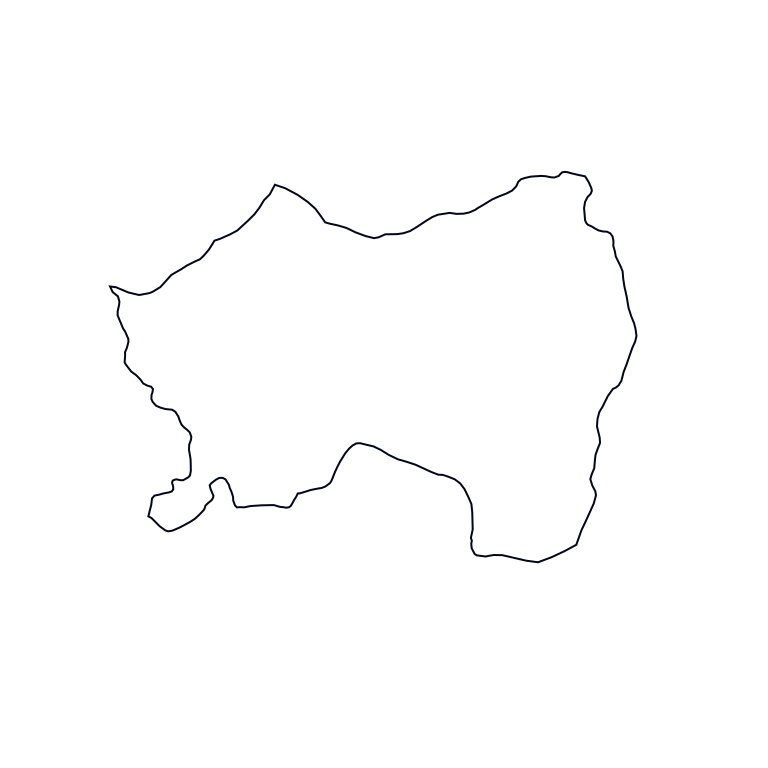 outline of Trashiding, Daga, Bhutan, rotated 66°
{"feature_id": "84629894B27572863852317", "entity_name": "Trashiding", "entity_type": "district", "adm_level": 2, "iso_a3": "BTN", "parent_name": "Bhutan", "parent_adm1": "Daga", "projection": "albers", "projection_center": [89.999, 26.91], "detail": "fine", "context": "isolated", "style": "outline", "palette": "ink", "viewbox_px": 768, "rotation_deg": 66, "n_neighbors": 0, "source": "geoboundaries", "source_scale": "gbopen_adm2", "svg_char_len": 3957}
<svg xmlns="http://www.w3.org/2000/svg" viewBox="0 0 768 768"><g transform="rotate(66 384 384)"><path d="M609.1,273.7L598.2,263.4L589.2,253.0L582.8,245.8L578.6,241.1L571.9,235.6L567.9,234.6L561.6,235.0L554.8,234.2L550.9,230.9L546.5,226.2L539.7,222.5L534.8,219.6L530.3,215.3L525.7,210.6L520.8,208.8L509.5,206.7L505.4,204.6L502.7,203.1L497.3,198.8L493.2,193.0L486.2,184.6L482.9,179.1L481.6,176.8L481.6,173.7L480.6,170.1L479.0,167.9L477.6,165.8L470.6,160.3L464.4,154.1L460.1,150.1L452.2,142.7L447.3,137.2L442.8,133.8L435.9,131.8L430.0,130.8L422.5,130.6L417.3,130.0L414.2,129.7L403.0,126.8L392.6,124.7L385.0,122.6L378.1,120.2L372.7,120.0L361.7,120.4L357.0,119.2L351.0,118.3L346.7,116.2L342.2,115.2L338.4,116.0L335.6,118.3L333.6,122.1L330.8,125.7L327.6,128.1L324.8,130.0L321.4,133.0L319.3,133.7L316.2,133.7L310.2,131.6L304.7,129.7L299.5,126.3L296.0,122.0L294.3,117.8L292.0,115.5L289.3,114.9L282.8,114.9L276.1,115.8L272.0,121.5L267.9,126.9L265.0,130.4L263.7,132.7L263.1,135.1L263.9,137.5L265.0,139.7L264.7,144.2L263.2,147.2L260.0,151.7L257.9,155.6L256.0,160.7L254.3,165.4L253.1,171.4L252.7,175.6L253.9,179.1L257.2,182.8L259.4,188.2L259.8,194.5L259.4,202.0L259.4,210.4L260.3,216.8L260.6,219.2L261.4,226.5L262.0,229.7L262.0,236.2L260.8,241.9L258.2,248.3L254.3,254.6L253.3,258.4L252.1,262.9L251.3,265.7L251.1,271.8L252.3,280.6L253.9,290.0L254.9,298.1L254.1,305.2L252.4,311.1L250.9,314.6L247.8,321.9L247.8,329.2L246.7,333.8L241.4,340.6L233.9,348.3L226.2,354.8L220.7,361.2L215.5,368.3L212.4,372.0L205.0,373.4L196.0,375.4L186.9,379.5L182.0,382.4L176.0,386.0L164.9,394.7L157.6,402.6L164.3,411.2L167.3,418.9L172.2,426.0L176.2,433.2L179.6,442.1L182.3,450.3L184.1,455.5L184.7,463.5L184.7,474.7L184.1,480.6L186.1,483.4L190.0,489.3L193.6,496.8L195.2,501.5L195.2,507.6L195.5,513.7L195.6,516.0L196.7,522.7L197.3,529.0L197.9,534.1L201.5,542.0L204.5,548.9L205.6,557.5L205.6,561.1L203.1,571.5L196.5,580.2L186.5,589.6L183.5,594.6L189.6,594.5L195.8,591.4L201.1,592.2L204.1,593.9L206.1,595.4L209.2,597.7L212.8,599.4L218.3,599.6L221.1,599.6L226.8,599.8L230.7,599.2L238.7,599.2L241.5,600.3L246.2,604.0L249.7,607.7L252.7,608.9L258.8,612.2L261.8,611.8L269.7,609.9L275.4,606.7L281.2,604.6L285.5,603.8L289.3,600.8L291.7,597.9L294.6,597.1L297.8,599.2L299.4,600.8L303.1,602.6L306.3,602.6L311.2,601.0L314.8,597.7L318.1,593.7L321.3,588.0L324.5,585.9L330.0,585.1L334.0,585.5L338.7,585.5L342.3,584.3L345.8,582.5L349.2,581.1L353.9,581.5L356.5,583.1L360.3,586.7L365.0,589.0L370.7,590.4L374.3,591.4L379.2,593.4L384.8,595.8L388.7,598.5L389.7,601.1L390.2,606.6L389.0,609.2L386.8,612.2L386.3,614.1L386.3,616.3L388.0,617.8L391.9,618.3L394.5,619.3L395.8,621.5L395.5,624.9L394.3,629.8L393.6,634.6L392.6,639.0L394.1,642.4L399.9,645.9L403.5,648.8L409.1,653.1L411.9,650.9L422.7,646.8L428.8,643.3L430.8,641.1L431.9,637.0L432.0,629.3L431.5,621.8L431.0,616.2L430.2,611.5L428.6,606.7L426.8,602.2L425.6,599.5L424.2,598.0L422.5,596.6L421.3,593.4L420.0,588.7L418.6,586.7L416.9,585.3L413.7,585.2L409.7,585.2L405.7,584.5L404.5,582.4L403.0,576.3L402.8,572.7L404.1,569.6L406.6,567.6L413.0,566.7L416.4,567.2L420.8,567.2L425.7,567.8L429.3,569.2L434.4,569.5L437.0,568.4L437.8,565.9L439.8,561.9L441.2,555.6L445.1,545.0L449.8,533.9L454.0,528.9L455.2,526.7L457.3,523.5L457.9,521.0L457.6,519.0L456.1,516.8L453.4,513.3L451.1,509.8L448.9,507.3L449.7,505.2L450.2,501.1L451.0,494.4L452.1,489.1L453.6,483.2L453.8,479.2L452.5,473.5L450.9,471.2L444.3,464.4L440.8,460.4L436.8,455.4L431.6,447.7L428.8,442.1L427.4,437.8L427.0,433.6L428.3,430.0L432.7,424.3L436.7,419.0L442.7,413.9L450.7,408.5L458.6,401.8L460.6,399.3L464.6,394.6L470.6,388.0L479.7,380.0L483.7,376.5L486.1,374.1L488.9,371.3L491.0,367.2L494.6,363.2L499.9,358.1L505.9,354.8L512.8,353.2L521.3,352.9L529.3,353.0L537.2,355.6L552.9,362.1L559.9,367.2L562.9,367.5L565.5,369.3L569.8,370.7L576.2,370.3L578.3,368.9L583.0,361.2L583.5,358.6L584.9,353.2L588.5,345.5L603.2,326.0L609.5,315.8L610.4,301.1L610.1,286.9L609.1,273.7Z" fill="none" stroke="#020617" stroke-width="2"/></g></svg>